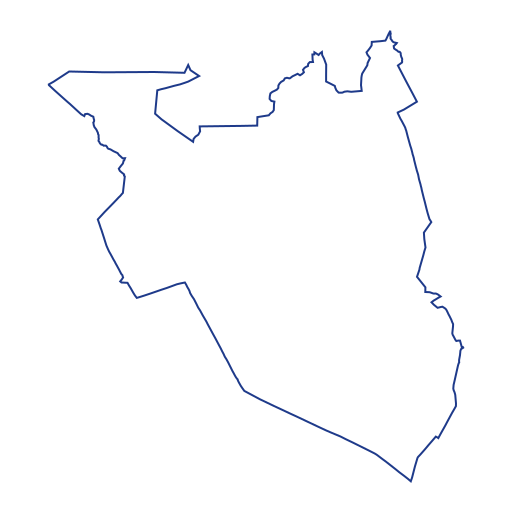 Naivasha, Rift Valley, Kenya (Mercator projection)
{"feature_id": "3690345B62093807224644", "entity_name": "Naivasha", "entity_type": "district", "adm_level": 2, "iso_a3": "KEN", "parent_name": "Kenya", "parent_adm1": "Rift Valley", "projection": "mercator", "projection_center": [36.4, -0.881], "detail": "fine", "context": "isolated", "style": "outline", "palette": "blue", "viewbox_px": 512, "rotation_deg": 0, "n_neighbors": 0, "source": "geoboundaries", "source_scale": "gbopen_adm2", "svg_char_len": 5938}
<svg xmlns="http://www.w3.org/2000/svg" viewBox="0 0 512 512"><path d="M48.8,84.4L48.9,85.1L55.4,91.1L59.1,94.4L62.0,97.0L67.4,101.8L70.2,104.2L71.7,105.6L73.9,107.6L75.5,109.1L81.2,114.3L84.3,116.1L85.1,114.1L87.5,113.8L89.2,114.5L91.0,115.7L93.3,116.7L93.8,119.0L94.1,119.8L94.1,121.0L93.8,121.9L93.3,122.5L93.6,124.1L93.7,125.0L94.1,126.1L94.4,127.0L96.3,129.5L97.9,132.8L98.0,133.6L98.2,134.4L98.6,135.0L98.6,135.8L98.6,137.8L98.8,138.4L98.8,139.3L98.5,140.3L98.6,141.1L99.3,141.9L99.6,142.7L100.1,143.5L100.8,144.2L101.4,144.7L102.3,144.7L103.2,145.3L103.7,145.7L104.4,145.6L105.2,145.6L106.0,145.7L107.0,146.8L107.4,147.8L108.2,148.7L110.5,149.4L113.5,151.2L117.6,153.1L119.0,155.0L120.6,156.4L122.6,158.3L125.0,158.2L124.4,159.7L124.2,160.4L123.6,160.8L122.9,163.5L120.7,166.2L118.8,168.7L119.8,170.8L121.6,172.4L124.1,174.4L124.0,175.6L124.8,176.4L122.9,192.9L121.6,194.3L120.8,195.3L119.7,196.5L119.0,197.1L113.7,202.7L104.7,211.9L97.8,219.4L99.7,224.9L100.9,228.6L101.3,229.5L104.2,238.5L105.0,241.1L106.4,245.5L106.7,246.2L107.7,248.5L108.0,249.2L108.9,251.1L109.3,251.9L110.4,253.8L112.3,257.3L113.3,259.2L114.0,260.4L114.9,261.9L115.6,263.4L116.2,264.4L119.1,269.7L120.0,271.5L120.8,273.0L121.1,273.7L122.4,275.2L122.7,276.4L123.1,277.5L121.6,279.7L120.2,281.4L121.5,282.5L125.2,282.7L127.5,282.8L129.0,285.5L130.7,288.2L133.3,292.8L134.9,295.4L136.8,297.9L140.4,296.8L144.2,295.6L146.9,294.7L150.2,293.6L159.2,290.5L161.2,289.8L166.7,288.0L170.3,286.7L176.8,284.3L180.5,283.4L184.9,282.5L186.2,284.7L187.3,287.0L188.6,289.2L189.5,291.0L190.1,293.0L191.7,295.8L194.0,299.2L196.4,303.9L198.2,307.6L200.1,310.5L202.7,315.3L206.4,321.6L207.7,324.2L212.5,333.1L215.8,339.1L216.9,341.2L218.7,344.6L220.8,348.5L222.1,351.2L223.5,353.8L224.8,356.7L226.4,359.2L228.1,362.3L232.4,370.9L233.8,373.4L234.2,374.2L234.8,375.3L235.7,376.9L236.6,378.2L237.1,378.9L237.6,379.3L237.9,380.5L239.0,382.7L239.7,383.9L240.7,385.7L242.1,387.8L244.3,390.9L260.0,399.3L274.0,406.0L282.4,409.9L289.8,413.4L295.7,416.1L317.7,426.5L326.5,430.6L328.7,431.5L330.2,432.2L340.5,436.5L345.8,439.2L352.7,442.5L368.8,450.5L374.7,453.5L375.5,454.0L376.5,454.6L377.2,455.1L382.6,459.2L385.2,461.1L392.5,466.8L395.8,469.4L399.1,472.1L402.3,474.5L404.3,476.0L407.1,478.2L408.0,478.9L410.8,481.3L412.1,477.5L414.9,466.6L417.4,458.2L417.7,457.5L418.2,456.8L420.2,454.7L424.7,449.6L428.3,445.3L432.3,440.7L435.8,436.6L437.5,437.5L438.3,438.1L439.7,435.5L441.3,432.6L445.2,425.7L447.2,421.9L452.0,413.0L454.2,409.2L455.9,406.2L456.0,403.6L455.4,396.6L455.3,395.3L455.1,394.2L454.6,392.5L454.4,391.9L453.7,390.3L453.5,389.5L453.3,388.6L453.6,384.9L454.7,380.2L457.3,368.6L458.0,365.5L458.7,363.2L459.2,362.5L459.1,361.7L459.1,360.1L459.2,359.4L460.0,355.1L460.1,353.8L460.2,353.1L460.4,350.8L461.0,349.3L461.4,348.7L462.2,348.4L463.2,347.7L462.8,347.0L461.8,347.1L460.0,340.6L458.3,340.6L457.3,340.8L456.3,341.0L455.5,340.0L455.1,339.3L454.8,338.7L453.6,336.4L453.1,335.5L452.7,334.8L452.3,333.3L452.6,330.4L453.0,326.7L453.1,324.1L452.6,323.0L452.2,322.1L451.8,321.1L451.3,319.7L451.0,319.1L450.7,318.5L450.1,317.3L449.1,315.3L448.7,314.7L447.5,312.1L446.7,310.5L446.2,309.6L445.6,308.9L444.8,308.2L442.4,306.7L441.4,306.9L440.8,307.0L437.6,307.8L433.8,304.7L431.5,302.3L433.8,300.5L434.7,300.0L438.3,297.8L440.6,296.5L438.4,294.8L437.8,294.4L437.0,294.0L435.8,293.5L434.9,293.5L434.2,293.6L433.3,293.5L431.9,293.0L430.3,292.4L429.5,292.2L425.3,292.0L425.4,287.3L417.0,276.8L419.4,269.7L419.7,267.8L423.3,255.3L424.3,251.4L425.5,247.5L425.2,245.4L424.3,239.0L423.9,232.6L425.8,229.9L429.6,224.5L431.3,222.1L430.2,220.2L429.6,219.4L429.3,218.6L427.7,213.3L426.5,208.8L424.7,201.5L423.8,198.2L421.8,190.1L421.3,187.6L420.9,186.2L420.5,184.4L419.0,179.2L418.1,174.5L417.8,173.6L416.7,170.1L416.5,169.2L415.9,167.0L415.3,164.6L414.2,160.2L414.0,159.3L413.9,158.5L413.2,156.0L412.6,154.2L412.4,153.2L412.2,152.3L411.2,148.5L410.9,147.6L410.2,145.5L407.7,136.5L406.2,130.6L405.8,129.6L405.5,128.6L405.2,127.6L404.8,126.8L404.5,126.2L403.5,124.3L401.7,120.9L400.4,118.7L397.8,113.2L397.7,112.5L403.9,109.6L416.9,101.7L412.7,93.7L407.7,84.3L405.9,80.9L397.9,65.5L402.0,62.5L402.2,61.8L402.0,61.0L402.1,60.2L402.2,59.6L402.1,58.6L401.3,56.9L400.8,55.0L400.7,54.1L400.7,53.2L400.2,52.4L399.6,51.8L398.5,51.8L397.8,51.2L397.0,50.4L396.4,50.1L395.7,49.6L394.9,49.1L394.1,48.5L393.9,47.5L393.8,46.8L393.7,46.0L394.7,45.3L395.4,44.5L396.1,44.0L396.8,43.0L396.0,42.8L395.1,42.6L394.2,42.4L393.3,42.1L391.9,40.6L391.6,39.9L391.0,39.2L390.6,38.7L390.5,38.0L390.7,37.3L390.5,36.4L390.3,35.6L390.5,34.6L390.7,33.7L390.5,32.8L390.2,32.0L390.4,30.7L388.7,33.8L386.4,38.8L385.9,39.8L385.4,40.6L380.4,41.2L371.8,41.9L371.6,45.5L369.9,48.1L367.9,50.7L366.5,52.3L367.2,54.1L367.6,54.9L368.1,55.5L370.0,58.0L367.6,63.0L367.3,65.3L362.2,73.6L361.7,75.6L361.4,77.7L361.3,79.9L361.0,85.2L361.3,87.3L361.7,90.9L351.2,91.8L347.4,91.3L344.4,91.7L342.5,92.6L340.6,92.7L338.6,92.6L336.4,90.3L335.3,87.8L334.8,85.9L330.7,83.8L326.1,81.5L326.1,75.5L326.2,64.6L324.0,58.6L322.2,55.1L321.9,52.0L319.8,53.6L318.6,55.0L316.5,53.6L314.4,52.3L314.3,54.4L312.4,54.5L312.5,56.8L312.6,59.6L313.0,62.0L309.8,62.1L308.2,63.8L307.9,66.1L306.2,66.8L304.5,67.9L303.0,69.8L303.9,72.3L302.2,73.9L300.0,75.3L297.6,73.8L294.8,75.2L292.5,76.3L290.7,77.7L289.8,78.3L289.0,78.3L287.6,77.9L286.8,77.8L284.8,78.4L283.7,80.4L281.1,81.9L279.5,83.6L278.4,85.5L278.3,88.0L276.9,89.6L274.8,90.7L272.3,91.9L270.4,93.4L269.8,96.1L269.6,98.9L271.4,101.0L274.4,101.6L274.0,104.2L273.9,107.6L273.8,110.1L272.6,111.9L270.5,113.3L268.8,115.3L257.4,117.1L257.2,125.6L241.3,125.9L199.7,126.4L199.8,128.4L200.1,131.3L198.3,134.7L195.5,136.6L193.6,138.9L193.1,141.8L177.8,131.2L164.1,121.2L161.6,119.4L155.1,113.7L157.3,90.3L161.2,89.2L165.5,88.2L174.2,85.8L180.0,84.4L184.5,82.9L188.2,81.6L199.1,76.0L190.5,70.2L188.2,65.0L184.5,72.8L154.1,72.0L104.2,72.3L69.2,71.5L53.6,81.7L48.8,84.4Z" fill="none" stroke="#1e3a8a" stroke-width="2"/></svg>